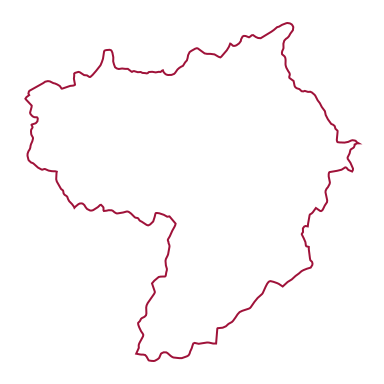 the district of Tra Bong, Quảng Ngãi, Vietnam
{"feature_id": "81297802B78342510004852", "entity_name": "Tra Bong", "entity_type": "district", "adm_level": 2, "iso_a3": "VNM", "parent_name": "Vietnam", "parent_adm1": "Quảng Ngãi", "projection": "natural_earth1", "projection_center": [108.495, 15.224], "detail": "fine", "context": "isolated", "style": "outline", "palette": "rose", "viewbox_px": 384, "rotation_deg": 0, "n_neighbors": 0, "source": "geoboundaries", "source_scale": "gbopen_adm2", "svg_char_len": 5843}
<svg xmlns="http://www.w3.org/2000/svg" viewBox="0 0 384 384"><path d="M28.4,93.7L29.2,95.1L26.5,97.1L25.4,98.7L25.7,99.2L31.7,105.6L31.6,107.0L30.1,112.5L30.3,113.7L31.6,115.4L32.7,116.4L34.3,117.2L37.0,117.3L37.4,117.7L37.8,118.7L37.4,121.3L36.1,122.9L35.3,123.4L31.8,124.5L31.5,124.9L32.5,126.9L32.5,127.6L31.2,129.7L31.0,131.2L31.2,134.0L31.5,135.0L32.9,137.5L33.0,138.6L32.3,141.3L31.0,144.2L30.5,146.0L30.3,147.7L29.7,149.3L28.4,151.4L27.6,153.7L27.5,155.8L28.5,159.9L29.0,160.6L31.2,162.6L32.3,162.9L33.3,163.4L38.0,167.6L41.5,169.5L42.2,169.7L44.4,169.0L45.2,169.1L48.6,170.6L52.0,171.2L55.3,171.3L56.8,171.7L56.5,173.2L56.2,179.2L56.8,181.5L61.0,188.9L63.0,190.5L63.2,191.1L63.6,193.4L63.9,193.9L64.6,194.8L66.5,196.0L67.3,196.9L68.0,199.0L69.2,201.2L72.1,204.2L74.0,206.8L74.4,207.8L75.6,206.5L78.4,204.2L79.8,203.5L81.4,203.4L82.6,203.6L84.3,205.0L85.7,207.3L87.1,209.0L90.1,210.5L91.9,210.5L93.2,210.1L97.9,207.1L100.1,205.0L101.0,204.8L102.6,206.4L103.4,207.4L103.5,208.1L103.5,210.3L103.9,211.0L106.5,210.7L108.7,210.2L111.6,210.3L112.8,210.8L114.3,212.1L115.7,213.0L116.7,213.4L117.7,213.4L123.1,212.5L126.7,211.5L127.7,211.5L129.1,212.1L131.1,213.6L134.8,217.3L135.6,217.7L137.5,218.0L138.2,218.4L139.4,220.2L140.3,221.0L141.6,221.6L146.6,224.9L147.8,225.3L148.5,225.3L150.2,224.4L153.2,221.5L154.7,216.8L155.4,213.8L155.7,213.2L156.2,213.0L157.1,213.0L159.3,213.3L163.8,214.8L167.2,216.7L169.5,216.4L175.6,223.6L175.3,225.0L174.6,226.6L172.3,230.7L169.8,236.3L167.9,239.5L167.9,240.7L168.4,241.7L168.6,243.2L169.4,245.2L169.5,246.6L168.1,254.3L167.6,255.6L165.9,259.0L165.5,260.9L165.9,265.4L166.9,268.9L166.8,270.4L166.3,272.2L165.7,275.8L165.0,276.5L160.8,276.6L158.7,277.0L154.3,280.7L152.0,283.4L154.8,291.6L154.8,292.5L154.1,293.9L147.7,303.1L146.6,305.4L146.2,307.5L146.4,313.4L146.0,315.3L144.5,316.8L141.9,318.1L141.0,318.9L139.9,321.1L138.2,322.8L138.1,323.3L138.3,324.8L139.2,327.3L141.1,331.3L142.8,333.7L143.3,334.9L143.0,336.4L139.6,342.7L138.9,344.3L138.7,345.5L138.8,347.9L136.2,353.7L139.8,354.4L141.4,354.6L143.1,354.6L145.1,355.0L146.5,356.5L148.5,360.1L149.0,360.5L151.7,360.9L153.9,361.0L155.0,360.7L157.7,359.2L159.2,357.9L161.0,353.7L161.7,353.2L163.7,352.3L166.3,352.4L167.5,353.1L170.8,356.0L172.3,357.0L173.5,357.5L179.0,358.1L181.9,358.1L185.6,356.8L187.2,356.2L188.6,355.3L189.6,353.6L190.2,351.5L191.7,348.3L192.7,345.0L193.3,343.5L194.6,342.9L198.7,343.8L207.1,342.5L209.0,342.6L213.0,343.5L216.1,343.5L217.3,328.7L217.6,328.2L222.7,327.7L225.9,326.3L228.5,323.9L231.9,322.0L233.1,320.8L235.5,317.5L237.6,314.3L239.6,312.1L242.3,310.8L248.7,308.7L249.9,308.1L250.7,307.3L254.5,301.8L257.7,297.9L262.1,294.0L262.8,293.0L265.6,286.8L267.2,283.7L268.6,281.9L269.4,281.4L270.5,281.1L273.4,281.8L277.1,283.1L278.8,283.9L282.7,286.5L287.6,282.0L291.8,279.4L295.6,275.9L298.9,273.5L301.5,271.2L303.5,270.1L307.0,268.7L310.7,267.6L312.3,265.0L312.5,263.7L312.2,262.3L311.9,261.7L310.4,260.3L310.0,258.7L308.8,249.3L308.8,246.9L306.4,246.3L305.9,245.6L305.4,242.1L303.8,238.4L301.8,234.4L301.8,233.9L303.0,232.1L302.9,228.4L304.2,226.6L305.5,226.0L307.8,226.4L308.1,223.6L309.6,215.2L309.9,214.5L311.7,213.4L312.8,212.3L315.9,208.0L320.1,210.9L321.0,211.1L321.9,210.6L322.6,209.9L323.3,208.6L324.8,205.5L327.0,202.2L327.2,200.3L325.5,192.4L325.6,190.8L326.6,188.7L327.9,187.2L329.6,184.0L329.9,182.7L329.8,181.9L328.7,176.5L328.7,174.1L329.0,172.8L329.5,172.1L337.1,170.8L341.6,169.7L345.2,167.4L345.8,167.4L346.7,168.0L348.3,169.9L352.1,171.5L352.9,170.0L353.0,168.6L350.4,162.7L347.7,158.8L347.6,157.4L349.6,153.4L350.4,150.0L351.1,149.2L353.4,147.8L353.9,147.3L354.6,145.5L354.6,144.5L354.9,144.3L355.6,144.2L356.7,143.3L358.6,143.3L357.0,142.4L355.6,140.8L354.5,140.5L352.5,140.2L351.0,140.6L348.2,141.9L344.5,142.6L339.3,142.4L337.5,142.1L337.0,141.1L336.8,139.9L337.6,131.6L337.5,130.7L335.4,128.7L334.8,126.4L334.5,125.9L333.2,124.8L331.2,123.9L327.9,119.3L325.7,115.0L324.9,111.2L321.8,107.0L319.8,103.1L317.7,100.4L315.4,95.9L314.6,94.8L311.8,92.4L310.1,91.7L309.2,91.9L308.0,91.9L304.8,90.9L303.3,91.4L301.6,91.2L299.4,89.1L296.9,88.3L295.8,87.6L294.9,86.6L294.5,85.5L293.6,81.0L289.5,78.0L289.2,77.0L289.8,74.8L289.7,73.8L289.4,72.9L288.2,71.1L286.3,67.6L285.7,65.6L285.5,64.2L285.6,60.0L285.4,58.4L285.1,57.3L284.4,56.2L282.1,54.3L281.9,52.9L282.2,51.2L283.3,48.8L283.5,48.0L283.4,43.7L284.3,40.6L286.0,38.8L287.5,37.8L288.9,36.3L290.3,33.7L292.9,30.2L293.3,27.1L292.6,25.6L291.7,24.4L289.9,23.4L287.4,23.0L286.3,23.2L282.1,24.8L278.9,26.7L277.2,27.1L273.8,30.0L271.4,31.7L260.7,38.2L258.1,38.0L255.8,37.0L253.1,35.1L251.7,35.3L250.3,36.5L249.0,37.3L245.6,36.0L243.9,35.9L242.6,36.5L241.1,39.3L240.8,41.1L239.1,43.4L236.4,45.3L234.7,45.9L233.2,45.9L230.6,43.7L230.2,43.6L229.0,46.7L226.8,50.3L221.3,56.7L220.3,57.4L218.6,56.8L214.5,54.4L210.6,53.9L207.2,53.9L204.6,53.4L197.9,48.5L196.9,48.2L195.2,48.7L191.3,50.9L189.6,52.1L188.1,55.2L187.6,58.0L186.9,60.4L185.1,62.4L183.0,65.8L181.0,66.8L179.3,67.9L177.5,69.5L175.1,72.9L174.1,73.9L171.5,74.9L168.0,75.0L166.4,74.6L165.4,74.0L164.2,72.8L163.5,71.9L162.9,70.3L161.8,70.8L161.1,71.6L160.3,72.0L158.9,71.8L155.7,72.4L152.2,71.8L149.1,72.0L148.5,72.3L147.8,73.1L146.8,73.4L145.1,73.1L142.4,72.9L140.7,72.0L137.8,72.2L134.1,71.1L133.1,71.2L132.2,71.8L131.7,71.8L127.9,68.9L125.4,68.9L122.1,68.5L118.8,69.0L116.9,68.5L115.1,67.3L114.0,64.4L113.2,61.4L113.3,57.3L112.4,52.7L111.6,50.9L111.1,50.3L109.7,49.8L106.1,50.1L104.6,50.6L104.1,51.4L103.0,58.7L101.9,62.0L100.5,65.3L96.0,71.0L92.6,74.9L90.4,76.9L89.7,77.0L89.1,76.8L87.0,75.4L84.1,75.1L79.7,72.2L78.4,71.9L75.0,72.9L74.2,73.6L74.2,76.0L73.9,78.7L75.0,84.6L74.9,84.9L74.4,85.2L73.1,85.6L70.2,85.9L62.3,88.6L61.6,88.6L59.8,86.0L57.3,84.5L55.0,83.5L53.3,83.1L49.9,81.4L47.9,81.1L47.0,81.3L45.2,81.7L43.2,83.1L29.6,90.7L28.9,91.5L28.4,93.7Z" fill="none" stroke="#9f1239" stroke-width="2"/></svg>